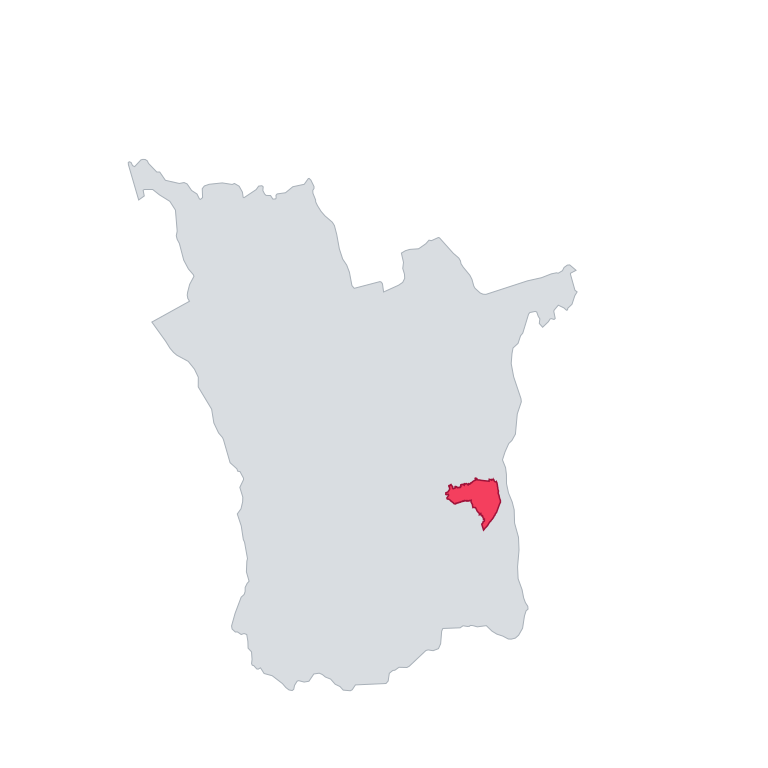 location of Bolomba, Équateur, Democratic Republic of the Congo, rotated 163°
{"feature_id": "63176286B53001735211155", "entity_name": "Bolomba", "entity_type": "district", "adm_level": 2, "iso_a3": "COD", "parent_name": "Democratic Republic of the Congo", "parent_adm1": "Équateur", "projection": "equal_earth", "projection_center": [19.536, 0.592], "detail": "fine", "context": "in_parent", "style": "filled", "palette": "rose", "viewbox_px": 768, "rotation_deg": 163, "n_neighbors": 0, "source": "geoboundaries", "source_scale": "gbopen_adm2", "svg_char_len": 9051}
<svg xmlns="http://www.w3.org/2000/svg" viewBox="0 0 768 768"><g transform="rotate(163 384 384)"><path d="M587.9,511.1L545.8,520.0L546.6,523.2L546.2,526.5L545.0,529.1L540.7,536.1L534.3,542.5L534.3,544.1L537.4,551.2L539.3,561.0L538.6,578.3L539.5,582.9L539.3,586.5L537.1,590.6L532.6,611.3L535.4,621.3L543.5,630.6L548.3,637.6L556.4,640.1L557.7,639.7L558.3,633.9L564.8,631.7L564.3,668.5L563.8,670.6L562.6,671.0L561.1,669.8L560.6,666.3L558.9,664.8L550.9,669.4L548.9,669.3L546.7,668.5L545.1,666.6L544.7,663.8L539.3,653.1L536.5,652.3L533.5,642.7L521.1,635.6L516.3,635.1L513.8,632.9L511.4,625.3L507.3,620.4L506.4,615.0L505.6,614.2L503.0,615.3L500.7,623.9L497.9,625.9L492.8,626.1L479.9,623.6L470.8,619.2L468.4,619.5L464.7,615.5L463.3,608.9L464.1,603.8L463.4,603.1L449.4,607.3L446.0,609.9L442.8,609.3L441.9,607.9L443.3,604.4L442.6,600.5L441.6,598.8L437.4,597.4L436.2,593.3L433.6,592.7L432.8,593.3L432.1,596.1L430.6,597.0L422.3,595.7L413.5,599.3L401.9,598.3L396.3,602.6L395.5,602.5L394.3,600.3L393.2,593.3L393.8,591.4L395.5,590.0L396.2,587.2L395.6,580.0L396.1,578.2L395.5,574.1L393.7,567.4L391.3,562.0L386.1,553.8L385.1,550.0L385.5,540.8L387.2,526.3L387.0,515.6L384.9,508.6L384.4,501.0L385.9,487.5L384.5,484.2L357.9,483.1L356.7,482.1L356.2,480.2L357.5,472.1L341.2,474.2L336.4,475.7L333.3,479.0L332.3,483.1L332.3,489.0L329.8,494.6L329.1,504.1L324.6,505.2L320.1,505.2L311.4,503.2L303.0,505.9L298.9,508.4L296.7,507.2L289.2,508.2L288.2,507.5L279.5,488.7L275.6,482.5L274.9,479.4L275.2,476.5L274.1,472.6L270.1,462.9L269.3,458.4L269.5,451.4L269.0,449.0L265.4,442.9L263.0,440.9L260.3,439.9L216.7,440.7L202.3,439.6L191.8,440.4L186.5,439.9L185.0,439.0L180.2,440.2L177.7,442.8L173.9,444.1L171.6,443.6L167.1,436.6L173.2,435.4L173.6,434.7L174.0,417.9L172.4,415.6L175.7,412.7L180.9,405.3L186.1,402.7L186.8,401.2L187.9,401.2L189.8,404.3L194.3,408.4L199.8,404.8L200.4,403.8L201.1,396.6L202.5,396.0L204.9,397.6L206.2,397.6L208.6,395.5L215.7,391.9L217.8,396.5L215.9,400.7L216.7,403.6L216.9,408.2L218.1,409.2L223.7,409.7L225.3,408.6L236.4,392.1L239.3,390.2L243.9,383.7L250.1,380.7L252.8,375.5L256.4,366.3L257.9,353.0L257.3,329.9L257.9,326.8L265.3,316.4L273.0,297.6L278.2,292.6L282.1,290.6L288.1,283.7L292.9,276.8L292.2,268.5L293.4,261.6L296.0,252.8L296.8,243.4L295.9,233.6L296.3,225.6L299.8,212.8L300.2,198.1L303.4,185.8L309.7,170.2L312.7,158.5L312.1,147.0L313.0,138.6L312.7,133.6L311.5,129.3L312.1,126.6L314.5,125.5L317.5,121.1L322.9,109.9L328.7,104.4L332.7,102.6L336.9,102.8L339.7,103.8L344.1,108.2L349.2,111.8L353.0,116.1L356.8,123.0L365.8,124.5L369.7,127.0L372.1,127.9L373.0,127.3L374.8,127.6L379.1,129.7L382.5,128.6L399.2,133.0L401.1,130.8L405.8,119.0L409.3,115.0L415.0,114.6L419.5,116.8L421.8,116.9L442.4,106.7L445.0,106.2L452.5,108.7L457.3,107.1L459.3,107.5L463.5,105.8L466.9,98.7L469.7,97.0L499.3,104.6L503.8,100.9L505.9,100.5L512.5,103.2L514.5,107.5L518.5,111.2L521.3,117.4L525.7,120.9L527.9,124.2L530.5,126.4L535.9,127.2L542.7,121.7L547.5,122.3L552.4,125.3L554.0,125.2L557.7,121.9L559.6,118.4L561.4,117.7L564.3,119.2L566.6,122.4L568.7,127.2L576.2,137.7L583.3,142.2L585.1,148.7L587.7,148.1L589.0,148.7L590.9,152.8L592.2,153.6L592.4,155.3L590.7,159.2L589.0,166.6L591.2,171.1L589.4,177.7L588.5,184.6L590.8,186.3L593.8,186.2L596.6,189.7L598.7,190.3L600.9,194.1L600.5,197.2L593.4,208.3L582.9,221.9L579.3,223.6L577.5,226.1L576.2,230.1L573.1,233.4L570.7,234.8L570.5,244.6L566.9,254.8L565.6,256.9L563.6,273.5L564.0,276.4L562.0,290.0L562.3,302.6L557.2,306.5L553.6,312.7L552.1,317.1L552.1,327.3L546.3,333.6L545.9,335.1L547.3,342.3L549.4,343.4L549.5,345.9L554.2,353.7L553.8,377.6L554.1,380.0L556.5,385.6L558.1,396.5L556.2,410.3L562.5,435.5L559.6,444.8L560.9,453.6L564.6,462.9L573.6,472.0L576.0,475.7L578.2,480.8L580.3,488.7L587.9,511.1Z" fill="#d9dde1" stroke="#a8b0b8" stroke-width="1"/><path d="M331.5,215.2L330.5,215.8L329.9,216.4L329.7,216.5L328.1,217.3L327.5,217.7L326.9,218.0L326.2,218.5L324.7,219.9L323.5,220.9L322.8,221.4L322.4,221.4L322.1,221.6L320.8,222.7L320.0,223.0L319.3,223.8L318.8,223.9L318.7,224.0L317.9,224.8L317.4,225.4L317.3,225.6L316.5,225.9L315.1,227.7L314.4,227.9L314.1,228.1L308.3,235.8L307.3,236.7L307.2,237.1L306.9,238.0L306.8,238.3L306.8,238.7L306.7,238.9L306.9,240.5L306.8,242.0L306.7,242.8L306.6,243.7L306.6,244.1L306.7,244.4L306.7,244.5L306.7,244.8L306.6,245.1L306.8,245.6L306.8,245.8L306.8,246.0L306.6,246.3L306.6,246.7L306.4,246.9L306.3,247.2L306.1,247.4L306.1,247.8L305.8,248.3L305.8,248.8L305.8,249.1L305.9,249.6L305.7,251.0L305.5,251.7L305.4,252.2L305.5,252.7L305.4,253.0L305.3,253.5L305.2,253.8L305.0,255.5L305.0,256.4L305.0,256.6L304.9,256.8L305.1,257.3L305.1,257.8L305.4,257.6L305.9,257.7L306.5,258.2L306.8,258.6L307.0,259.5L306.9,260.1L307.5,260.8L307.5,261.1L308.1,260.6L308.8,260.8L309.0,261.1L309.1,261.3L309.3,261.3L309.5,260.8L310.2,261.5L310.8,261.7L311.2,262.1L311.3,261.9L311.4,261.5L311.5,261.3L311.9,261.0L312.0,260.3L319.6,263.6L320.2,264.0L320.5,264.2L321.3,264.4L323.0,265.2L322.8,266.2L323.0,266.6L323.3,266.6L323.6,267.0L324.1,267.2L324.2,267.3L324.4,267.2L324.5,267.0L324.5,266.8L324.4,266.6L324.2,266.4L324.1,265.9L324.1,265.6L324.3,265.4L324.9,265.2L325.5,265.2L325.5,265.3L326.2,265.1L326.3,265.1L326.5,265.1L326.8,265.0L327.1,264.9L327.5,264.7L327.9,264.7L328.1,264.6L328.4,264.3L328.9,264.0L329.1,263.9L329.2,264.0L329.4,264.1L330.1,264.0L330.5,263.4L330.9,263.3L331.2,263.3L331.4,263.1L331.5,263.1L331.8,263.6L331.9,263.9L332.1,264.0L332.2,263.9L332.4,263.5L332.5,263.3L332.9,262.9L333.1,262.8L333.4,263.5L333.7,264.1L333.8,264.2L334.1,264.4L334.2,264.6L334.3,264.7L334.5,264.8L334.8,264.8L335.0,264.7L335.6,264.5L335.8,264.6L336.0,264.6L336.1,265.0L336.3,265.1L336.4,265.3L336.5,265.3L336.6,265.2L336.8,264.7L336.7,264.1L336.8,263.9L337.0,264.3L337.2,264.5L337.6,264.3L337.8,264.4L338.0,264.7L338.3,265.1L338.6,265.2L339.1,265.2L340.1,265.1L340.4,264.2L340.2,264.2L340.2,263.8L340.4,263.6L340.7,263.7L341.0,262.9L341.6,262.7L341.8,262.8L342.1,262.9L342.2,263.0L342.3,263.3L342.6,263.3L342.8,263.1L343.1,263.2L343.3,263.2L343.8,263.2L344.0,263.3L344.3,263.8L344.4,264.4L344.6,264.6L345.0,264.5L345.6,265.1L345.8,265.2L346.0,265.2L346.2,264.7L345.9,264.3L345.7,264.3L345.7,264.2L345.8,264.0L345.9,263.9L346.8,263.7L347.0,263.7L347.3,263.6L348.1,263.8L348.4,263.6L348.5,263.6L348.8,264.1L348.9,264.3L348.8,264.7L348.5,265.5L348.4,265.8L348.5,266.1L348.6,266.3L348.8,266.7L349.0,266.8L349.1,267.1L349.1,267.3L349.2,267.5L349.3,268.2L349.3,268.3L349.5,268.3L349.8,268.2L350.0,267.7L350.3,267.5L350.7,267.9L350.8,267.9L351.0,267.9L351.3,267.5L351.4,267.3L351.5,267.3L351.8,267.6L351.9,267.4L351.8,266.8L351.7,265.9L351.8,264.9L352.0,264.2L352.6,263.6L352.9,263.3L353.2,263.1L353.5,262.8L353.8,262.7L354.1,262.3L354.3,262.2L354.5,262.1L356.1,261.9L356.6,261.9L356.7,261.5L357.2,260.5L357.0,260.1L356.9,260.0L356.1,259.8L354.9,259.8L354.7,259.5L354.7,259.0L354.7,258.9L354.9,258.5L356.3,257.3L357.0,256.9L357.1,256.7L357.2,256.3L357.2,255.9L357.2,255.7L356.9,255.5L356.6,255.2L356.2,255.2L355.9,255.0L355.4,254.5L354.8,253.8L354.3,252.5L353.9,252.3L353.2,251.0L353.0,250.9L352.7,250.6L352.7,250.4L352.6,250.2L352.3,250.0L352.3,249.8L352.2,249.3L351.8,248.9L350.8,248.4L350.7,248.4L350.6,248.6L350.4,248.7L350.3,248.8L350.1,248.7L350.0,248.8L349.9,248.7L349.7,248.8L349.5,248.6L349.3,248.6L349.1,248.8L348.7,248.7L348.4,248.9L348.1,248.8L347.9,248.8L347.7,248.7L347.4,248.8L347.2,248.6L346.9,248.8L346.6,248.9L346.2,248.7L345.8,248.7L345.8,248.8L345.6,248.8L345.5,248.7L345.4,248.6L344.8,248.8L344.6,249.0L344.4,249.0L344.2,248.8L343.8,248.7L343.7,248.7L343.5,248.8L343.1,248.8L342.9,249.1L342.7,249.1L342.6,248.8L342.2,248.9L342.1,248.6L341.7,248.6L341.4,248.6L341.2,248.7L340.8,248.6L340.7,248.7L340.7,248.8L340.4,248.6L340.0,248.6L339.9,248.5L339.8,248.3L339.7,248.3L339.6,248.1L339.4,248.0L339.2,248.0L339.1,247.9L338.9,248.1L338.8,247.9L338.7,247.9L338.4,247.9L338.2,247.9L338.1,247.7L337.8,247.9L337.5,247.5L337.3,247.5L337.2,247.3L336.7,247.3L336.4,247.4L336.1,247.4L336.0,247.5L335.9,247.4L335.5,247.4L335.4,247.2L335.2,247.4L334.8,247.3L334.7,247.3L334.8,247.1L334.9,246.4L335.1,246.1L335.2,245.5L335.2,245.2L335.0,244.8L335.0,244.3L334.9,243.8L334.9,243.6L334.7,243.3L334.7,242.8L334.6,242.6L334.9,242.0L335.0,241.2L334.9,240.5L334.9,240.2L335.1,239.9L334.5,239.8L334.1,239.7L333.1,239.1L332.7,239.1L332.5,238.5L332.4,237.8L332.3,237.0L332.2,236.8L332.2,236.1L332.1,235.5L331.9,234.8L331.7,234.5L331.6,234.1L331.2,233.3L330.8,232.8L330.8,232.6L330.8,232.3L330.8,231.7L331.0,231.1L330.7,231.2L330.2,231.2L329.9,231.6L329.4,232.0L329.2,232.2L329.1,232.6L329.1,232.3L329.4,231.4L329.5,230.8L329.5,230.3L329.4,229.8L329.3,229.4L329.2,229.4L328.6,229.6L328.4,229.5L328.3,229.3L328.3,228.7L328.4,227.6L328.4,226.9L328.2,226.7L327.8,226.2L327.8,225.9L328.0,225.7L327.8,225.7L327.5,225.4L327.9,225.0L327.9,224.9L327.8,224.5L327.9,224.2L328.0,223.8L328.2,223.7L328.4,223.4L328.5,223.4L329.0,223.5L329.4,223.4L329.6,223.1L329.8,222.7L330.0,222.4L330.3,222.0L330.5,222.0L331.2,221.6L331.4,221.5L331.5,221.2L331.5,220.5L331.5,217.7L331.4,217.0L331.5,216.7L331.5,215.2Z" fill="#f43f5e" stroke="#9f1239" stroke-width="1.5"/></g></svg>